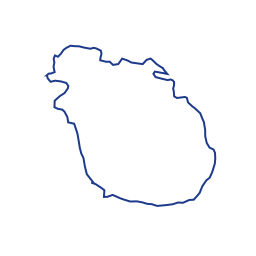 Tersefanou, Larnaca, Cyprus (Albers equal-area conic projection), rotated 289°
{"feature_id": "46923920B60167976354969", "entity_name": "Tersefanou", "entity_type": "district", "adm_level": 2, "iso_a3": "CYP", "parent_name": "Cyprus", "parent_adm1": "Larnaca", "projection": "albers", "projection_center": [33.549, 34.861], "detail": "fine", "context": "isolated", "style": "outline", "palette": "blue", "viewbox_px": 256, "rotation_deg": 289, "n_neighbors": 0, "source": "geoboundaries", "source_scale": "gbopen_adm2", "svg_char_len": 1672}
<svg xmlns="http://www.w3.org/2000/svg" viewBox="0 0 256 256"><g transform="rotate(289 128 128)"><path d="M64.4,111.0L64.4,115.6L62.8,121.9L61.5,125.9L55.0,127.7L56.3,131.0L59.7,135.2L59.4,139.4L59.0,143.7L59.0,147.8L59.2,154.0L59.5,154.7L61.6,160.5L62.2,164.7L62.3,165.4L62.6,171.2L63.7,175.2L63.8,180.9L67.4,188.9L70.4,195.0L73.9,199.7L75.2,204.3L79.9,209.4L81.6,213.5L87.3,215.9L90.1,216.9L96.5,217.2L97.3,217.3L104.0,219.1L107.6,221.4L112.8,221.9L114.0,222.0L122.5,221.7L127.4,220.5L132.9,218.3L135.5,215.9L136.0,211.5L139.5,207.3L145.2,203.8L151.5,201.5L158.3,197.8L161.0,195.3L165.3,191.6L165.5,191.4L168.6,184.4L169.3,182.0L171.7,176.5L175.6,173.9L175.9,171.8L173.9,167.7L172.3,164.5L173.0,161.3L177.9,159.2L179.8,157.9L183.4,157.6L186.5,156.6L187.7,154.5L187.7,152.3L186.2,149.9L185.6,143.8L185.1,137.5L187.5,134.4L190.1,135.1L191.3,143.1L191.9,147.5L194.5,143.2L196.0,141.5L196.7,137.9L197.9,133.8L199.8,129.9L201.0,126.8L198.5,123.4L193.2,121.1L192.3,116.5L191.0,109.8L191.7,105.5L191.7,99.9L185.3,98.0L182.8,93.3L184.7,89.1L183.5,85.7L183.0,79.7L185.3,79.1L189.5,78.8L192.3,77.1L192.9,71.9L192.6,69.4L190.7,66.6L189.7,59.9L189.3,55.1L188.1,51.3L187.1,46.9L183.7,43.6L180.8,41.6L176.5,40.4L172.6,38.6L172.8,35.3L169.1,35.2L166.1,37.0L161.8,37.6L157.0,40.4L154.7,37.8L153.5,35.3L151.3,34.0L151.4,34.3L148.9,35.8L146.5,39.7L149.0,43.7L150.2,49.4L150.5,55.0L148.3,57.9L145.8,58.2L140.5,56.7L136.0,53.2L129.9,49.8L123.7,51.7L123.3,55.7L124.0,59.9L122.7,62.7L118.6,67.1L113.9,69.6L114.5,75.7L107.5,81.1L105.2,82.6L98.6,86.2L93.7,88.8L88.7,92.1L85.2,95.6L78.1,99.5L76.0,100.8L70.9,104.1L64.9,113.4L64.4,111.0Z" fill="none" stroke="#1e3a8a" stroke-width="2"/></g></svg>